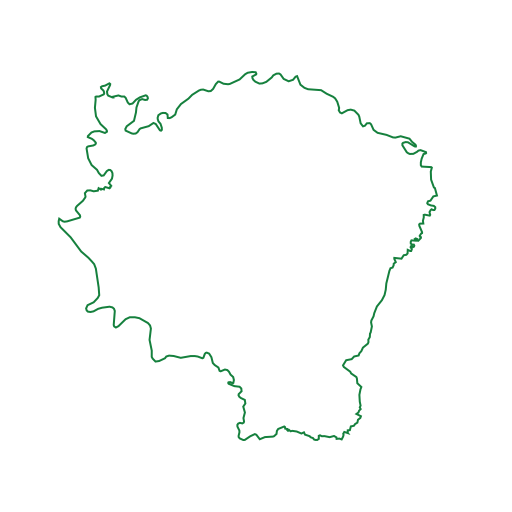 Soc Son, Ha Noi, Vietnam (orthographic projection), rotated 170°
{"feature_id": "81297802B86407395704878", "entity_name": "Soc Son", "entity_type": "district", "adm_level": 2, "iso_a3": "VNM", "parent_name": "Vietnam", "parent_adm1": "Ha Noi", "projection": "orthographic", "projection_center": [105.824, 21.281], "detail": "fine", "context": "isolated", "style": "outline", "palette": "green", "viewbox_px": 512, "rotation_deg": 170, "n_neighbors": 0, "source": "geoboundaries", "source_scale": "gbopen_adm2", "svg_char_len": 6011}
<svg xmlns="http://www.w3.org/2000/svg" viewBox="0 0 512 512"><g transform="rotate(170 256 256)"><path d="M388.9,429.9L389.3,421.3L386.2,412.9L381.7,406.9L381.1,405.4L381.2,404.3L383.4,403.4L388.4,406.2L393.5,406.8L396.6,406.2L400.7,403.3L401.0,402.3L397.4,400.0L395.7,398.2L394.1,395.5L394.2,394.6L394.9,393.8L397.0,393.1L402.2,393.1L403.5,392.6L404.2,391.3L404.3,381.4L402.1,374.1L397.6,368.5L396.4,365.0L394.3,361.8L392.0,361.8L388.2,365.5L386.1,366.4L384.6,366.0L383.5,364.6L383.0,362.5L383.3,360.1L384.4,357.2L388.2,353.4L386.4,350.2L387.8,349.2L387.6,348.7L388.5,348.1L392.5,350.1L393.9,349.1L394.2,348.0L396.9,349.1L397.3,348.4L399.2,350.1L400.4,347.8L404.6,347.9L407.7,349.4L410.8,349.8L413.6,347.6L413.6,344.0L414.0,343.3L416.9,340.4L423.5,336.4L424.9,335.1L425.5,333.7L425.4,332.2L422.3,326.7L422.3,325.2L422.9,324.4L436.0,322.9L438.7,323.0L440.3,323.8L443.3,326.9L444.3,324.5L444.7,321.9L443.5,318.3L435.3,306.6L427.4,290.8L421.3,283.3L418.6,279.1L416.8,276.1L415.9,271.4L416.4,252.4L417.2,244.6L419.2,242.1L423.9,238.6L430.4,236.8L432.4,233.9L432.2,231.8L431.2,230.4L428.7,229.6L425.6,229.7L420.6,231.4L416.5,231.8L409.0,231.5L406.3,230.3L405.0,228.7L404.6,226.4L408.1,212.8L407.9,211.3L406.4,209.9L403.6,210.8L395.4,216.4L390.9,217.6L385.9,216.7L381.6,215.0L374.0,208.7L372.4,206.0L372.1,202.8L375.4,191.9L375.1,180.9L376.2,174.8L375.6,172.9L373.3,169.5L369.6,169.4L363.4,171.1L361.8,172.6L358.9,173.0L354.4,171.8L347.8,168.8L337.6,168.8L333.4,168.0L330.8,167.1L326.6,164.6L325.5,164.9L323.4,168.5L322.3,169.3L321.3,169.4L319.1,168.0L317.5,164.1L317.1,158.1L315.6,155.8L312.4,152.7L311.8,149.2L310.8,148.6L306.3,149.6L304.0,148.6L302.7,146.7L301.7,143.6L299.5,140.8L299.3,137.7L300.4,134.9L301.0,134.8L303.3,136.3L305.0,136.4L305.4,135.8L305.1,134.9L299.9,131.6L294.9,130.1L293.5,128.1L293.7,125.3L297.0,123.0L297.4,121.9L296.9,120.3L295.6,118.8L292.0,116.2L292.1,112.6L294.7,109.9L294.1,103.8L296.5,98.6L296.5,95.1L297.0,94.1L298.5,93.5L300.9,94.5L302.7,94.0L303.7,92.9L303.9,91.2L302.7,87.1L302.9,85.3L304.4,81.8L304.5,80.7L303.7,79.2L300.5,77.0L299.0,76.8L292.9,79.5L288.1,80.8L286.7,79.9L284.1,74.9L278.6,76.1L270.7,75.2L269.5,75.4L266.7,77.2L265.8,80.1L264.2,81.8L257.8,83.2L257.2,82.6L257.2,80.9L255.2,80.2L255.5,79.2L254.8,78.3L253.7,79.0L252.4,77.4L250.6,77.5L246.4,76.1L242.1,73.3L239.4,74.0L238.8,71.6L234.4,69.2L233.8,68.1L231.4,66.7L230.8,65.3L229.6,64.6L227.7,64.2L225.9,65.0L225.4,68.0L224.1,68.3L222.5,67.1L219.8,66.7L214.9,64.8L210.4,65.2L208.3,63.4L208.4,61.9L205.6,61.7L203.5,60.5L201.6,63.0L200.8,64.7L201.0,65.7L199.6,67.4L196.2,65.6L196.7,66.7L196.1,67.1L195.9,68.4L193.8,68.2L192.2,71.7L189.1,71.8L187.6,73.3L185.1,74.3L184.0,77.0L181.4,78.4L180.5,80.0L184.5,83.0L182.3,84.1L181.3,85.8L179.5,87.1L180.1,88.9L179.0,90.5L179.1,94.4L178.3,101.3L176.3,106.5L175.0,108.7L178.3,113.1L177.9,117.9L178.2,119.4L182.7,123.8L183.3,125.7L188.8,131.5L189.3,133.2L185.3,137.7L179.7,137.8L176.8,140.0L172.2,140.2L171.1,142.2L168.8,144.0L166.6,147.2L161.0,150.3L160.2,151.7L159.9,154.1L158.0,156.4L157.2,159.8L156.4,160.7L154.1,166.5L154.2,170.6L153.6,172.4L150.7,176.2L149.5,179.1L145.7,185.3L139.7,190.6L136.2,195.2L134.1,200.2L132.4,206.4L127.2,218.2L125.7,220.6L123.5,220.9L122.1,222.9L121.7,224.5L119.4,225.7L120.3,229.2L120.1,230.1L113.2,228.1L110.4,231.1L107.7,231.1L106.3,232.2L105.5,235.7L103.2,234.1L102.3,234.0L101.3,235.8L102.2,237.7L101.8,238.7L101.2,238.8L99.8,237.5L98.8,237.8L98.3,238.7L98.6,239.8L100.2,240.1L101.4,241.3L101.2,243.0L100.2,244.4L96.2,243.4L96.1,244.3L96.6,245.2L95.7,245.6L94.4,244.8L95.3,243.4L93.6,242.8L90.5,245.1L90.3,245.9L91.2,246.6L91.3,247.4L89.4,249.5L88.5,249.7L88.3,250.6L89.9,257.3L89.8,258.8L88.9,259.4L85.6,258.9L85.5,261.7L84.1,264.8L83.7,267.3L82.6,267.4L77.9,265.6L77.3,266.3L77.5,269.1L76.0,270.9L75.0,271.5L73.6,270.5L72.3,270.3L71.2,271.6L71.0,273.0L72.2,274.5L74.9,275.4L77.7,277.1L78.2,278.3L77.1,280.0L74.6,280.2L71.0,283.9L67.3,284.1L68.0,291.8L68.9,292.6L70.3,300.8L69.2,308.8L67.5,312.5L68.0,313.1L77.3,315.3L77.9,316.8L77.4,319.6L76.0,323.0L73.3,327.3L71.1,327.5L70.6,327.8L70.6,328.8L75.6,331.7L77.7,331.6L79.4,330.6L83.3,329.3L86.9,329.8L88.3,330.8L89.5,332.0L92.6,339.6L92.3,341.3L91.5,341.9L88.8,342.2L86.6,341.6L80.8,336.4L79.6,336.0L79.3,336.5L79.6,337.9L82.5,341.3L84.5,344.9L92.7,348.8L98.2,348.4L100.5,349.0L106.4,352.6L114.9,356.2L118.3,359.8L119.8,365.7L120.9,367.1L123.8,367.4L126.1,365.4L128.1,365.1L129.9,368.5L130.1,375.3L130.6,377.3L133.9,382.1L137.3,383.7L140.5,383.7L146.7,381.6L148.3,382.7L149.2,385.1L148.4,387.4L149.2,393.8L150.7,397.5L152.4,399.4L158.2,403.5L163.1,408.0L175.8,411.2L179.1,413.2L182.5,417.0L184.3,426.0L185.9,425.7L188.9,423.1L193.5,422.4L198.0,425.6L200.3,430.5L201.6,431.7L204.2,432.0L207.6,430.9L209.5,429.1L215.6,425.7L219.7,424.9L222.7,425.2L226.4,427.8L228.0,429.9L228.6,431.7L228.5,433.4L224.3,434.8L224.0,435.4L224.4,437.0L227.8,437.9L232.4,437.9L235.1,436.9L241.5,432.7L251.9,430.0L253.7,430.0L258.1,431.3L261.9,434.1L263.0,434.3L265.7,432.3L269.2,428.0L271.9,426.3L274.3,426.5L279.1,429.1L281.4,429.3L283.4,428.9L290.9,425.8L295.2,422.7L303.5,418.7L308.5,414.2L311.0,409.3L315.0,407.3L317.1,406.8L318.9,407.2L318.6,410.7L320.2,412.5L322.9,413.1L324.9,412.9L327.7,411.6L328.9,409.1L329.0,407.8L328.7,405.5L327.1,402.8L326.5,398.8L326.8,396.6L327.8,395.9L328.8,396.5L331.8,403.4L333.9,404.8L339.1,402.5L347.5,401.7L348.7,401.1L351.2,398.5L353.2,397.5L355.6,397.7L357.1,398.3L362.6,402.1L362.7,403.7L360.8,406.2L352.7,410.3L349.3,418.2L347.9,423.1L344.7,428.8L343.6,429.7L340.9,430.3L338.1,428.9L336.1,428.8L335.1,430.0L335.1,431.3L335.8,432.8L336.7,433.4L342.8,432.4L347.0,430.7L351.1,427.6L354.2,427.4L355.6,429.4L356.9,434.4L358.0,435.9L360.8,436.4L363.6,438.0L369.1,437.7L369.0,436.9L369.7,437.0L373.7,439.6L374.3,441.1L374.2,443.8L370.0,449.7L369.7,450.7L370.4,451.5L375.0,450.0L378.1,449.9L379.4,449.3L379.4,447.9L377.5,445.4L377.2,443.8L377.3,442.3L377.9,441.6L382.9,440.3L385.8,440.8L386.5,440.5L386.8,437.7L388.9,429.9Z" fill="none" stroke="#15803d" stroke-width="2"/></g></svg>